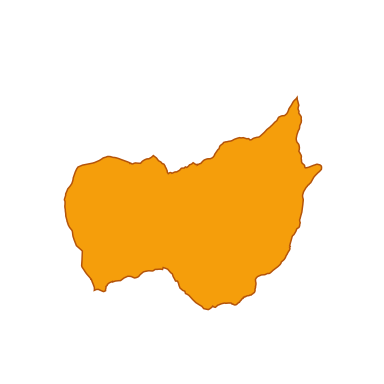 outline of Rupea, Brasov, Romania, rotated 117°
{"feature_id": "2599482B21199067234878", "entity_name": "Rupea", "entity_type": "district", "adm_level": 2, "iso_a3": "ROU", "parent_name": "Romania", "parent_adm1": "Brasov", "projection": "robinson", "projection_center": [25.187, 46.055], "detail": "fine", "context": "isolated", "style": "filled", "palette": "amber", "viewbox_px": 384, "rotation_deg": 117, "n_neighbors": 0, "source": "geoboundaries", "source_scale": "gbopen_adm2", "svg_char_len": 5983}
<svg xmlns="http://www.w3.org/2000/svg" viewBox="0 0 384 384"><g transform="rotate(117 192 192)"><path d="M324.0,234.4L322.3,233.0L321.3,231.3L321.0,226.2L320.8,225.4L319.2,224.2L317.8,224.9L316.5,225.1L315.3,225.8L313.8,225.2L312.7,225.4L310.4,224.4L307.6,222.1L307.6,221.8L308.0,221.7L306.1,219.8L304.2,216.9L303.6,215.7L303.1,215.3L299.4,213.5L296.4,211.1L296.2,210.9L295.5,209.4L294.9,207.8L294.8,206.0L294.8,205.3L294.6,204.0L293.3,202.5L292.1,201.5L291.2,201.1L289.2,200.7L286.1,199.4L285.1,198.9L283.8,197.4L282.0,195.1L281.3,193.7L280.8,192.4L280.2,191.2L279.3,190.5L277.9,189.9L277.3,189.0L276.7,187.8L276.0,186.8L275.4,185.7L274.8,184.5L274.4,183.1L272.4,183.4L271.9,180.4L271.8,178.6L273.6,174.2L273.8,172.6L274.6,171.6L275.6,170.7L276.3,169.8L277.2,168.4L278.8,166.3L278.7,165.7L278.0,165.0L278.0,164.9L278.2,164.2L278.5,163.8L279.4,162.7L281.3,161.0L282.8,159.3L283.2,158.7L283.4,157.2L283.6,156.8L283.9,155.0L283.7,154.4L283.7,153.5L283.7,153.3L285.4,151.7L285.3,149.9L285.5,147.8L287.5,142.6L288.8,138.4L289.2,134.4L289.4,131.3L290.6,128.6L289.4,124.1L288.1,123.2L285.7,122.0L284.3,121.8L284.5,120.1L284.1,118.8L281.1,117.6L280.3,116.8L278.7,115.5L277.3,114.0L277.2,113.8L276.4,112.9L276.1,112.4L275.9,111.5L274.2,108.8L273.9,108.1L273.5,107.5L273.4,107.0L273.2,106.4L273.3,106.2L273.6,106.0L273.5,105.6L273.6,105.1L273.3,104.8L273.3,104.3L273.4,103.3L273.2,102.5L272.5,101.6L272.1,101.3L271.2,100.9L270.5,100.8L269.7,100.3L269.3,100.2L268.9,100.0L268.8,99.7L266.9,99.5L266.4,99.2L265.0,99.0L264.3,98.8L263.9,98.4L263.6,98.2L263.3,98.2L262.7,98.5L262.5,98.4L262.3,97.9L261.9,97.8L261.8,97.6L261.1,97.3L261.0,96.7L260.1,96.3L259.2,95.4L258.5,94.2L257.7,93.7L256.9,92.5L256.2,92.3L255.0,91.6L254.2,91.4L253.5,90.9L252.5,90.8L251.3,91.0L250.2,91.7L249.8,91.7L249.5,91.9L249.0,91.9L248.3,92.0L247.6,92.5L247.4,92.4L246.5,92.8L246.1,92.8L244.8,93.3L243.8,93.9L242.6,94.9L242.0,95.2L241.6,95.5L241.0,95.8L239.2,95.7L237.5,95.1L234.6,92.7L234.3,92.4L232.7,89.7L232.1,89.1L231.1,88.4L230.4,87.8L229.8,86.7L229.3,86.0L228.2,85.4L224.9,84.2L219.3,81.5L216.7,80.6L215.1,80.4L214.2,80.6L213.7,80.6L211.3,79.6L210.0,79.2L208.1,79.0L206.1,79.2L203.9,79.0L202.7,79.1L199.5,78.8L198.4,78.9L198.0,79.0L197.3,79.8L195.8,79.8L195.7,80.6L188.7,82.0L186.5,82.5L185.2,82.5L184.1,82.0L183.1,81.8L181.5,81.7L180.0,81.6L177.6,81.9L176.8,81.7L175.4,80.8L174.6,80.6L174.1,80.6L172.8,80.9L171.9,81.3L170.3,81.6L169.5,82.4L168.0,83.5L166.8,83.6L163.7,84.3L160.1,85.0L152.8,87.6L148.7,89.2L148.1,89.5L146.3,91.1L145.3,91.7L144.4,92.1L141.0,92.7L136.2,92.4L134.4,91.9L133.6,91.9L132.3,91.2L131.3,91.1L130.0,90.5L129.2,90.4L123.6,90.2L121.4,89.7L117.3,88.4L115.8,87.7L114.5,87.4L113.2,87.0L112.7,87.1L111.1,87.8L110.2,88.5L109.8,89.9L109.8,90.4L110.4,93.0L110.6,93.4L111.4,94.2L112.3,95.0L112.9,95.7L116.9,99.2L118.2,100.7L119.0,101.9L119.0,102.3L118.8,102.6L117.1,103.9L116.2,107.2L115.1,108.3L113.7,109.0L113.0,109.7L112.4,110.0L110.8,110.6L110.3,110.9L109.3,112.0L108.7,113.0L108.1,113.7L107.2,115.3L105.4,115.7L103.4,116.6L102.3,117.5L101.8,117.8L101.0,118.7L99.9,121.1L99.6,121.5L99.1,122.0L97.8,123.0L96.8,123.5L93.3,124.5L89.3,125.1L87.0,125.0L85.4,125.5L84.2,126.1L80.5,126.3L79.7,126.5L79.3,126.8L78.5,127.0L77.4,127.9L76.1,128.4L75.5,128.8L74.8,129.7L74.5,130.5L73.9,131.2L73.6,132.3L72.5,133.0L71.7,133.2L71.4,133.4L70.2,134.9L69.7,135.3L68.4,135.8L66.2,136.2L64.7,137.6L63.0,139.0L62.2,139.9L60.0,141.3L61.6,141.5L62.8,142.0L64.7,142.6L65.9,142.8L69.7,142.9L71.8,143.2L73.8,143.4L76.7,143.0L77.6,143.0L79.1,143.1L80.0,143.4L81.8,144.2L82.1,144.5L82.9,145.9L83.7,146.9L85.8,148.6L86.6,148.8L87.8,148.8L89.9,148.8L92.2,149.9L96.1,151.0L97.0,151.4L98.6,151.9L102.3,153.6L106.0,154.6L111.3,156.6L112.1,157.0L112.9,157.6L113.8,159.0L115.9,161.3L117.0,162.1L118.3,162.7L119.0,163.5L119.3,164.1L118.7,165.7L119.7,167.4L120.3,171.0L121.6,172.9L121.9,174.2L123.5,176.0L125.5,177.9L126.8,178.9L127.7,179.4L128.9,180.5L130.4,182.6L131.4,183.7L132.1,184.8L133.5,186.3L133.8,186.4L134.7,186.4L136.9,187.5L137.9,187.9L138.8,188.0L139.5,187.9L141.1,187.5L142.1,188.0L142.8,188.2L148.3,188.9L148.6,188.7L149.9,188.7L151.6,189.1L152.4,189.5L153.8,190.6L154.3,191.3L155.3,193.1L155.9,193.8L157.4,195.2L158.6,196.0L161.2,196.8L162.5,197.1L163.7,198.3L164.8,199.0L164.6,199.0L164.8,199.4L165.0,200.0L165.3,200.1L165.8,200.9L165.4,204.3L166.8,204.8L167.6,205.3L168.9,206.5L170.8,207.0L172.3,207.6L172.6,207.9L172.5,209.0L172.8,209.4L173.7,209.6L174.2,209.8L175.2,211.6L175.7,212.3L178.2,212.9L181.1,214.8L181.5,215.7L182.1,216.5L184.5,218.4L184.3,219.1L184.4,219.9L184.6,220.3L185.9,221.3L186.4,221.5L186.1,222.0L185.7,222.9L184.1,224.0L183.8,224.6L183.3,225.0L182.0,226.7L181.8,227.2L181.0,227.9L180.5,228.8L180.0,229.5L180.0,230.6L180.2,231.2L180.1,231.8L179.6,232.7L179.4,233.7L179.3,236.1L177.8,239.1L177.1,243.0L178.3,243.4L179.7,244.0L181.8,245.4L182.4,246.1L182.8,247.0L183.0,247.2L184.3,248.4L185.6,249.3L187.2,250.2L189.8,250.9L190.9,253.3L191.7,255.4L192.0,255.9L193.2,257.1L193.8,257.4L194.3,258.5L194.1,259.4L194.3,259.6L194.7,260.3L194.2,260.5L194.4,263.1L195.3,270.5L195.5,272.6L195.9,274.8L196.3,276.4L197.0,278.0L197.6,281.1L198.5,283.0L198.9,283.6L199.8,284.3L200.8,285.4L202.1,286.7L203.2,287.2L205.9,288.8L210.1,292.3L211.5,293.8L217.7,301.7L221.5,304.9L223.7,305.2L227.0,305.1L233.5,304.2L234.4,303.8L236.3,303.3L239.1,302.9L242.3,303.3L245.6,304.1L247.9,303.9L251.0,303.7L252.5,303.0L255.7,302.5L256.8,302.2L257.1,302.0L257.6,301.3L258.3,300.7L260.5,299.6L262.3,298.9L263.8,298.0L264.9,297.1L266.5,296.2L268.5,294.8L270.9,293.4L272.1,292.3L274.0,290.6L274.9,290.0L275.5,289.2L276.1,288.8L276.3,288.3L277.3,287.6L279.1,285.0L280.8,281.3L282.0,280.3L284.0,279.0L285.5,277.9L288.1,275.3L292.3,270.6L293.9,264.4L294.4,262.9L302.6,259.1L307.7,256.9L308.7,256.0L309.2,255.2L310.4,253.0L310.9,252.2L312.3,249.7L313.0,248.2L314.7,243.9L315.1,243.1L315.8,242.5L315.5,242.0L317.5,240.0L318.2,239.1L321.2,235.8L323.1,234.7L324.0,234.4Z" fill="#f59e0b" stroke="#b45309" stroke-width="1.5"/></g></svg>